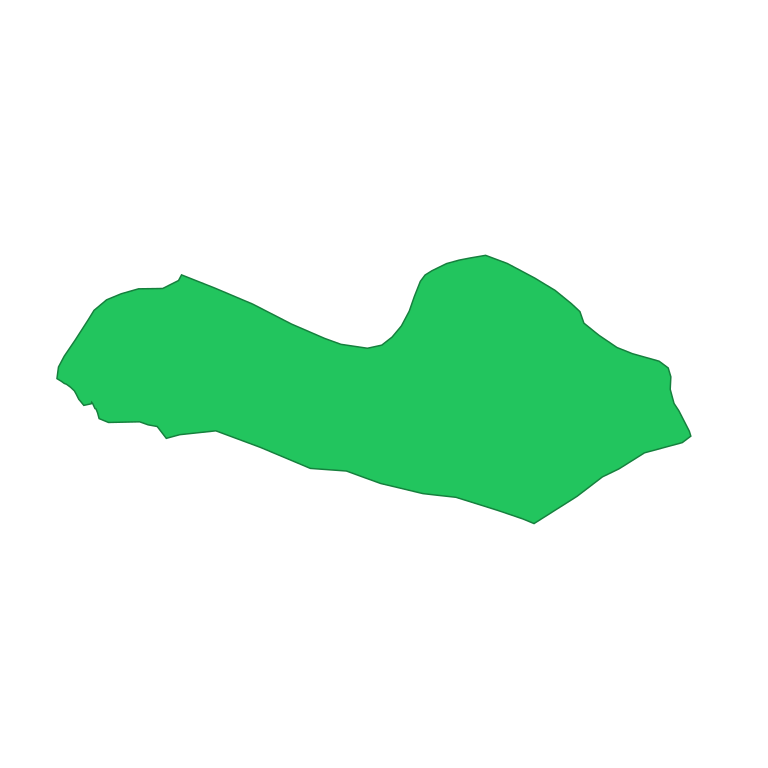 outline of Ekiti, Kwara, Nigeria, rotated 208°
{"feature_id": "59680162B94527775336179", "entity_name": "Ekiti", "entity_type": "district", "adm_level": 2, "iso_a3": "NGA", "parent_name": "Nigeria", "parent_adm1": "Kwara", "projection": "albers", "projection_center": [5.38, 8.111], "detail": "fine", "context": "isolated", "style": "filled", "palette": "green", "viewbox_px": 768, "rotation_deg": 208, "n_neighbors": 0, "source": "geoboundaries", "source_scale": "gbopen_adm2", "svg_char_len": 1356}
<svg xmlns="http://www.w3.org/2000/svg" viewBox="0 0 768 768"><g transform="rotate(208 384 384)"><path d="M406.9,415.0L415.4,407.8L440.7,398.8L457.8,396.4L493.8,393.5L537.4,392.9L578.1,389.3L614.0,385.3L614.0,378.9L624.2,364.5L629.2,361.7L645.4,352.8L658.3,340.4L667.3,329.5L668.5,328.0L674.6,312.9L675.3,301.9L677.3,277.8L679.4,258.5L679.4,246.2L677.7,241.6L675.3,235.2L670.0,234.9L666.6,234.4L664.3,234.7L659.4,234.0L654.2,232.6L650.8,230.4L646.3,227.2L644.0,226.3L641.2,225.1L639.0,224.2L633.2,229.1L633.5,230.6L632.0,229.9L627.6,226.6L626.5,226.7L623.4,224.1L619.3,219.7L609.2,220.7L582.0,235.9L573.1,237.2L564.3,240.0L550.7,233.8L540.5,243.4L510.5,263.7L463.4,270.0L409.4,274.9L376.4,289.5L357.0,292.2L340.2,294.6L298.2,305.5L284.7,310.8L267.4,317.7L224.2,325.8L198.3,330.0L186.0,331.2L160.8,375.5L147.5,404.6L136.6,419.5L121.7,445.5L93.1,472.3L88.6,482.0L92.3,485.7L111.1,498.8L118.8,503.0L121.7,506.1L128.8,513.7L134.1,525.0L140.6,531.6L151.8,533.3L178.9,527.4L195.4,525.6L216.8,527.9L222.8,529.0L236.1,531.6L245.0,539.9L256.2,542.9L277.0,547.0L288.6,547.6L300.4,548.3L302.4,548.3L323.6,548.3L331.7,548.3L354.7,545.3L367.0,535.8L375.9,528.6L385.3,519.7L394.8,506.6L396.7,503.3L398.9,499.5L400.1,491.7L398.3,475.6L395.9,460.2L395.9,443.5L398.2,432.5L398.9,429.2L404.2,417.3L406.9,415.0Z" fill="#22c55e" stroke="#15803d" stroke-width="1.5"/></g></svg>